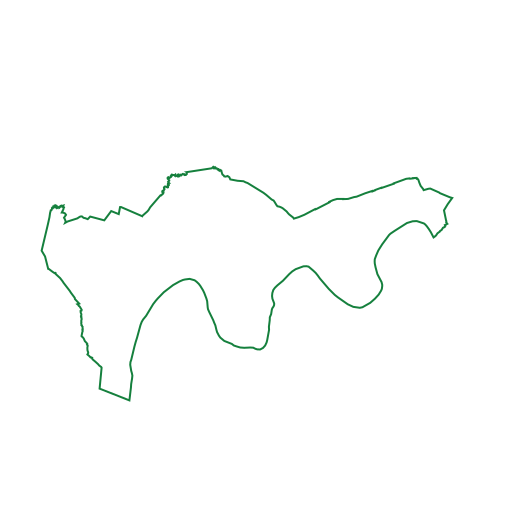 the district of Naujenes pag., Daugavpils, Latvia, rotated 344°
{"feature_id": "27541924B441018999347", "entity_name": "Naujenes pag.", "entity_type": "district", "adm_level": 2, "iso_a3": "LVA", "parent_name": "Latvia", "parent_adm1": "Daugavpils", "projection": "orthographic", "projection_center": [26.722, 55.924], "detail": "fine", "context": "isolated", "style": "outline", "palette": "green", "viewbox_px": 512, "rotation_deg": 344, "n_neighbors": 0, "source": "geoboundaries", "source_scale": "gbopen_adm2", "svg_char_len": 5956}
<svg xmlns="http://www.w3.org/2000/svg" viewBox="0 0 512 512"><g transform="rotate(344 256 256)"><path d="M231.5,346.1L234.2,347.0L237.4,346.3L240.1,344.6L242.3,342.1L243.6,339.9L248.2,330.6L248.9,327.6L251.5,321.5L252.4,318.7L254.5,316.1L256.5,311.8L257.3,310.7L259.0,309.3L259.9,308.1L260.4,306.6L260.3,305.1L260.0,301.6L260.4,298.9L261.5,296.1L263.3,293.4L265.5,291.7L268.5,290.1L275.1,287.2L282.9,282.6L286.6,280.8L290.5,279.6L298.7,279.0L301.6,279.7L303.6,280.7L307.0,285.8L308.7,288.7L310.0,291.8L311.2,295.2L316.9,307.7L321.0,315.1L323.3,318.3L330.9,327.7L335.5,331.7L341.5,334.4L344.2,334.6L352.9,332.5L358.6,329.8L363.3,326.9L366.7,323.8L367.9,322.3L369.0,319.8L369.4,318.5L369.5,315.7L367.7,306.9L367.8,300.0L368.1,296.0L368.6,293.8L369.3,291.8L371.8,288.4L375.1,284.4L378.1,281.7L380.7,279.4L389.7,272.5L391.4,271.6L396.3,270.0L410.2,265.9L416.1,265.8L419.6,266.6L420.4,266.9L426.4,271.0L427.4,272.4L428.4,274.5L429.6,277.8L430.6,281.2L431.8,287.1L433.5,286.5L434.1,286.1L434.6,286.0L436.7,284.2L439.4,283.2L439.8,282.7L440.7,282.4L441.5,282.2L443.5,280.4L445.3,280.2L445.5,279.7L446.4,279.2L446.4,278.8L446.2,278.3L448.8,277.8L448.1,275.9L448.5,275.3L448.6,274.9L448.5,274.3L449.3,263.9L454.6,259.0L460.6,254.3L458.3,252.8L450.0,246.2L449.6,245.5L442.1,239.2L440.2,238.9L435.3,238.9L435.1,237.6L433.6,234.0L433.2,230.4L433.1,227.7L432.6,226.3L431.8,226.1L431.9,225.2L428.5,224.4L428.5,224.7L426.0,224.3L424.9,224.0L424.9,223.7L421.6,223.2L418.8,223.4L408.5,224.1L408.5,224.5L395.5,225.2L395.5,224.9L388.7,225.4L388.6,225.7L385.8,226.0L385.9,225.5L378.2,225.8L369.1,226.7L366.5,226.4L360.2,226.5L355.6,225.4L355.7,225.2L349.8,223.5L345.6,223.5L341.4,224.1L341.5,224.6L327.4,227.4L325.9,227.6L325.8,227.2L313.9,229.7L307.8,230.4L302.7,230.5L302.4,229.4L299.3,225.1L298.5,223.5L297.7,221.6L294.8,217.4L293.7,216.3L292.2,215.1L290.3,214.1L289.7,212.6L288.7,208.9L288.2,207.5L286.6,206.0L282.7,200.1L280.6,197.3L268.0,183.5L266.3,182.3L264.6,180.7L259.0,178.6L252.4,175.3L252.1,173.0L251.7,172.4L251.0,171.8L250.8,171.3L248.6,171.3L247.4,170.7L247.2,169.8L246.2,168.4L246.1,166.0L246.2,164.3L245.7,163.8L245.4,163.9L245.3,163.4L245.1,163.2L244.8,163.3L244.4,163.8L244.2,163.5L244.4,163.3L244.3,163.1L243.6,163.2L243.2,162.4L243.4,162.0L242.8,161.9L242.6,161.1L242.1,161.0L241.5,160.6L241.6,160.4L241.3,160.2L241.5,160.0L241.4,159.7L240.8,159.8L240.4,159.5L240.2,160.1L240.0,159.9L240.1,159.6L239.8,159.7L239.9,159.1L239.5,158.5L237.7,159.5L212.7,156.3L212.9,156.5L212.2,157.1L212.2,157.8L212.0,158.2L211.1,158.3L210.8,158.8L209.7,158.5L209.6,157.7L209.0,157.7L208.4,156.9L208.1,156.9L206.4,157.9L206.2,157.7L206.1,157.1L205.5,156.9L205.0,157.8L204.4,158.2L203.6,158.2L203.2,158.0L203.7,156.8L203.6,156.2L203.2,156.3L202.5,157.8L201.7,157.1L201.1,156.9L201.0,155.5L200.8,155.6L200.2,156.6L199.6,155.6L198.7,155.3L197.4,155.4L197.6,154.6L197.4,154.5L196.3,155.4L196.6,156.2L196.1,156.6L194.8,156.7L194.4,157.2L194.2,157.1L193.6,156.1L192.9,156.2L192.5,156.6L192.4,157.3L192.7,158.0L193.5,159.4L193.4,159.7L192.1,160.4L192.3,160.8L192.2,161.3L192.5,161.8L191.6,161.7L191.4,161.9L191.1,162.6L191.1,162.9L191.8,163.4L191.9,163.6L191.8,163.8L190.8,163.7L190.7,164.2L190.7,164.9L190.4,165.7L190.0,165.7L189.8,164.9L189.3,164.8L189.0,165.1L188.8,165.0L188.4,164.4L187.9,164.2L187.5,164.1L186.4,164.7L186.2,165.8L186.5,166.2L186.5,166.5L185.5,167.4L184.1,167.6L183.6,168.3L183.6,169.1L184.6,169.4L184.0,170.4L181.3,171.7L181.0,171.7L180.8,171.4L167.7,180.0L165.5,182.1L163.9,183.2L157.8,186.1L157.6,186.4L139.7,171.7L138.8,171.5L135.6,177.9L129.2,172.9L120.0,179.9L107.5,172.4L104.4,174.2L101.9,172.3L101.3,172.2L100.4,171.3L99.7,170.1L98.8,169.7L97.5,169.7L94.6,170.6L84.4,170.9L81.7,171.5L82.6,170.4L82.4,167.9L82.0,166.3L84.7,164.1L84.2,162.5L82.7,161.2L81.3,160.7L83.8,157.9L84.0,157.3L84.9,156.3L84.6,155.8L84.8,155.8L83.8,155.5L84.7,154.4L83.2,154.4L83.0,154.0L82.9,153.9L82.0,154.0L81.4,154.7L80.6,154.4L80.2,154.6L80.3,154.9L80.7,155.0L80.3,155.4L79.7,154.7L78.8,154.3L78.7,154.6L78.5,154.3L78.1,154.9L77.7,155.1L77.3,154.4L77.3,154.1L76.7,154.0L76.7,153.8L76.9,153.6L77.1,153.8L77.6,153.5L77.8,153.7L78.2,153.5L78.2,152.8L77.7,152.4L77.7,152.7L77.5,152.8L76.7,152.2L76.2,152.1L76.0,152.8L75.7,152.7L75.2,153.2L75.2,152.7L74.9,152.5L74.7,152.9L74.8,153.3L74.6,153.5L73.7,153.2L73.1,153.6L73.1,154.1L72.2,155.4L71.9,155.6L71.3,155.5L69.9,157.9L68.1,161.9L64.4,168.7L51.4,191.8L53.1,198.3L52.7,211.1L53.3,211.4L56.0,215.0L57.6,216.9L58.5,216.9L58.7,217.2L58.5,217.7L58.5,218.1L61.6,223.2L63.1,227.0L63.6,228.7L67.4,238.3L67.9,240.1L70.2,246.2L70.1,247.5L72.9,253.0L71.0,253.1L71.8,254.3L71.9,255.1L72.6,256.0L73.6,259.7L73.2,260.4L72.2,260.5L71.9,262.1L72.1,263.8L71.6,265.1L71.2,265.4L71.1,265.7L71.4,266.5L71.0,266.9L71.2,267.8L70.9,268.4L70.9,268.9L70.2,270.0L70.1,270.7L69.8,271.3L69.9,271.6L69.8,271.9L69.4,272.7L69.3,273.3L69.4,273.9L69.1,274.5L69.5,275.0L69.5,275.7L69.8,276.2L69.3,277.7L69.4,278.1L69.1,279.1L68.7,279.2L68.7,280.4L68.0,281.4L66.2,284.9L66.2,285.1L67.2,286.6L67.7,288.0L68.0,290.6L69.3,293.1L69.6,294.1L69.1,294.6L69.5,295.8L68.6,297.7L68.2,299.3L68.0,300.5L68.1,302.2L68.0,302.9L66.8,304.2L68.1,306.1L68.8,307.5L68.9,307.4L70.5,308.7L70.2,309.4L70.5,310.4L72.5,313.4L74.4,316.5L75.1,318.1L76.6,320.0L76.8,320.8L69.1,340.4L94.5,359.9L99.6,347.8L100.7,344.7L103.2,339.4L104.2,336.9L104.4,334.4L104.4,331.9L105.1,325.9L106.1,323.3L107.4,321.5L114.2,309.5L116.7,305.4L119.1,301.8L125.9,290.6L128.0,287.8L130.0,285.9L133.9,283.2L143.9,273.9L147.3,271.4L149.9,269.7L157.4,265.4L168.3,261.1L175.4,259.4L179.2,258.9L181.3,259.0L185.9,259.7L190.3,262.4L191.8,264.4L193.3,267.0L194.2,269.3L195.6,274.3L196.1,277.3L196.6,283.2L196.6,286.0L195.4,292.1L195.2,293.9L195.6,296.9L197.2,306.0L197.4,308.5L197.8,311.5L197.6,316.0L197.6,318.4L198.4,322.3L199.2,324.6L202.1,328.9L208.6,333.9L210.0,335.9L212.3,337.5L215.6,339.6L219.4,341.0L225.3,342.4L228.1,343.4L229.8,345.0L231.5,346.1Z" fill="none" stroke="#15803d" stroke-width="2"/></g></svg>